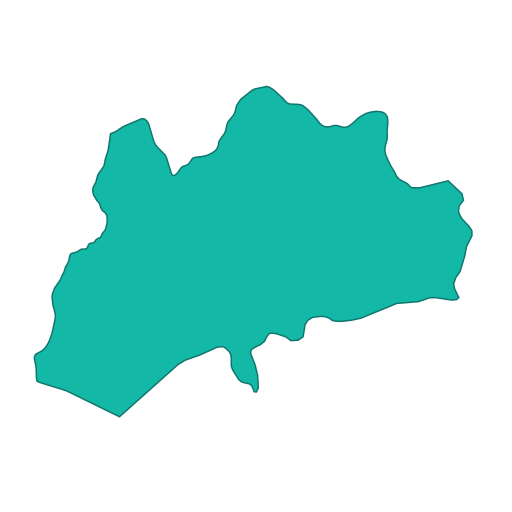 outline of Nong Bua Lam Phu, rotated 94°
{"feature_id": "THA-449", "entity_name": "Nong Bua Lam Phu", "entity_type": "Province", "adm_level": 1, "iso_a3": "THA", "parent_name": "Thailand", "parent_adm1": "", "projection": "albers", "projection_center": [102.251, 17.201], "detail": "fine", "context": "isolated", "style": "filled", "palette": "teal", "viewbox_px": 512, "rotation_deg": 94, "n_neighbors": 0, "source": "natural_earth", "source_scale": "10m", "svg_char_len": 3427}
<svg xmlns="http://www.w3.org/2000/svg" viewBox="0 0 512 512"><g transform="rotate(94 256 256)"><path d="M425.9,381.0L403.6,435.9L397.2,463.1L396.2,465.6L395.2,466.0L392.4,466.6L384.9,467.3L381.0,467.9L373.7,470.0L371.5,469.9L369.7,469.1L368.7,467.9L366.3,464.0L364.4,461.6L363.1,460.5L360.2,458.6L357.2,457.1L354.0,455.9L346.9,454.0L332.7,452.0L330.6,451.9L328.7,452.1L326.9,452.5L319.2,455.1L311.7,456.5L309.2,456.5L307.4,456.3L302.1,454.7L293.7,449.7L287.0,447.3L286.5,446.9L286.0,446.7L284.9,446.3L280.4,445.3L278.2,444.2L277.6,443.8L274.0,442.4L270.0,442.0L267.8,441.5L266.5,440.5L265.9,439.2L264.9,436.2L264.3,434.8L263.6,433.7L261.8,431.5L261.3,430.2L261.1,428.7L261.1,427.2L260.6,425.9L259.6,425.0L258.2,424.4L256.7,424.0L255.5,423.2L254.8,421.9L254.5,420.4L254.1,419.0L253.1,418.0L250.8,416.6L249.9,415.5L248.6,412.9L247.5,412.0L244.6,411.1L241.7,409.0L239.3,407.8L233.7,406.9L229.9,407.0L227.2,407.3L225.6,407.9L224.4,408.6L223.4,409.6L221.7,412.0L220.5,413.1L218.8,414.1L216.1,415.1L214.4,416.1L213.1,417.1L211.8,418.5L206.6,422.2L204.2,423.0L201.9,423.4L200.0,423.3L198.4,423.1L193.8,421.0L192.6,420.7L186.4,419.5L183.8,418.2L177.7,414.4L176.3,413.9L174.7,413.6L169.4,413.0L161.0,410.9L144.1,409.6L142.1,405.4L141.3,404.1L137.2,398.8L135.5,396.2L127.3,380.2L126.9,378.5L127.2,376.6L128.9,374.4L130.5,373.0L132.2,372.1L148.1,366.2L151.2,364.6L152.4,363.8L154.6,361.6L161.6,353.7L164.9,351.9L179.3,346.3L180.7,345.5L181.5,344.5L181.3,342.9L179.5,340.9L178.0,339.7L173.4,337.0L172.3,335.9L171.4,334.5L170.9,332.9L170.1,331.4L169.2,330.1L168.0,329.1L163.8,326.6L162.6,325.5L161.8,323.5L160.4,316.2L158.9,311.5L155.6,306.0L153.5,303.7L152.2,302.7L148.9,301.4L145.3,301.0L143.6,300.6L140.6,299.0L136.6,296.3L133.3,295.0L127.3,294.2L125.4,293.7L123.8,293.1L117.3,288.4L114.0,287.0L108.1,286.0L106.5,285.5L100.8,282.2L91.2,271.8L89.5,269.0L86.1,257.1L86.9,254.1L88.8,250.4L97.0,240.0L99.2,237.8L100.3,236.8L101.3,235.1L102.0,232.9L101.8,223.5L102.1,221.7L102.6,220.0L104.3,217.4L106.7,214.1L115.2,205.2L118.9,202.0L120.4,200.2L121.4,198.5L122.2,196.4L122.2,193.1L121.7,191.0L120.5,187.6L120.2,185.9L120.2,184.0L121.4,178.8L121.5,176.8L121.2,175.1L120.6,173.6L119.7,172.1L117.7,169.7L110.7,162.9L109.9,161.9L106.4,156.7L105.1,153.6L104.1,150.2L103.4,146.4L103.3,144.5L103.4,142.6L103.6,140.7L104.1,138.7L105.5,136.6L108.2,134.6L113.3,133.8L123.2,133.9L127.1,133.4L131.0,133.4L136.5,134.6L140.5,134.9L143.3,134.5L146.4,133.5L155.7,128.5L163.1,123.3L166.6,121.4L169.5,118.4L173.2,110.2L177.0,105.9L176.6,97.6L167.6,69.6L179.5,54.9L186.0,52.9L190.3,55.9L192.9,57.0L197.5,57.1L201.1,55.5L204.7,53.0L211.8,45.3L215.8,42.4L220.7,42.0L231.7,46.6L241.6,47.8L257.4,51.4L263.6,55.2L270.0,56.9L275.1,55.5L283.3,50.8L285.6,53.1L286.3,57.7L285.0,74.0L285.6,79.9L290.2,90.8L293.5,112.3L310.7,147.0L313.4,156.3L315.2,165.8L315.5,171.4L315.0,175.3L313.2,178.1L311.9,181.8L311.6,186.6L313.3,195.3L316.5,199.8L321.0,202.2L333.3,203.4L337.1,208.1L338.0,215.3L334.6,220.6L332.1,230.3L331.8,234.2L332.4,237.4L335.7,239.6L340.4,241.4L344.1,245.4L346.4,249.5L349.7,254.3L353.6,254.6L364.9,249.2L375.2,246.0L387.4,244.5L391.6,246.1L391.6,248.3L386.0,251.0L384.1,253.4L383.1,259.8L382.4,262.0L380.6,264.5L371.5,271.2L368.9,272.4L366.5,273.1L360.8,273.4L356.5,274.1L354.6,275.1L352.9,276.4L349.9,280.1L348.9,281.9L348.9,284.8L349.9,288.9L358.6,304.9L364.9,319.5L370.0,326.5L425.9,381.0Z" fill="#14b8a6" stroke="#0f766e" stroke-width="1.5"/></g></svg>